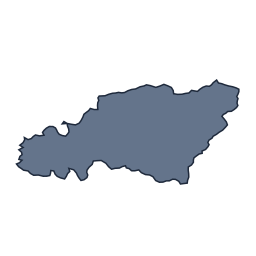 São José da Safira, Minas Gerais, Brazil, rotated 97°
{"feature_id": "56859067B51877249726479", "entity_name": "São José da Safira", "entity_type": "district", "adm_level": 2, "iso_a3": "BRA", "parent_name": "Brazil", "parent_adm1": "Minas Gerais", "projection": "equal_earth", "projection_center": [-42.12, -18.326], "detail": "fine", "context": "isolated", "style": "filled", "palette": "slate", "viewbox_px": 256, "rotation_deg": 97, "n_neighbors": 0, "source": "geoboundaries", "source_scale": "gbopen_adm2", "svg_char_len": 2471}
<svg xmlns="http://www.w3.org/2000/svg" viewBox="0 0 256 256"><g transform="rotate(97 128 128)"><path d="M69.6,45.9L72.7,49.0L75.0,50.4L76.7,52.3L76.8,55.5L78.4,58.6L80.8,61.4L83.2,63.5L83.1,66.4L82.9,69.5L85.8,71.8L86.7,75.3L87.9,78.5L88.6,83.0L88.4,86.9L85.3,87.7L82.5,89.9L81.3,93.6L80.3,97.7L82.3,101.1L84.3,105.3L83.2,111.0L82.9,115.0L84.3,117.2L85.6,121.0L88.3,125.2L89.3,129.0L91.0,132.6L93.2,135.7L93.9,138.5L93.8,141.8L94.8,144.6L95.4,147.6L96.9,151.3L98.8,154.7L99.3,157.6L99.8,160.5L101.8,161.5L104.2,160.4L106.7,161.1L109.5,161.0L113.3,160.2L113.8,163.8L113.2,167.8L115.5,169.1L117.8,171.5L119.7,173.4L122.7,174.1L126.4,175.5L129.2,177.1L131.3,180.5L131.2,184.6L130.9,189.0L133.4,188.3L136.1,186.8L139.1,186.1L141.3,187.2L143.7,188.9L143.5,192.4L142.6,195.5L140.7,197.4L138.7,198.6L136.8,200.0L135.7,202.7L136.1,206.3L138.1,209.0L140.6,211.1L142.8,212.3L145.4,210.5L146.6,214.8L146.2,219.0L148.0,221.0L150.3,222.7L151.7,225.8L150.1,229.7L152.2,229.1L155.4,230.4L158.3,233.3L160.1,229.7L162.9,233.7L165.0,230.7L167.4,229.9L169.3,231.8L172.5,232.5L172.9,229.3L175.7,231.5L177.3,234.3L179.8,231.8L181.2,229.0L182.6,226.5L182.8,222.0L185.0,219.3L186.4,215.9L185.6,211.2L186.2,206.2L185.7,202.7L184.7,199.8L182.2,199.4L179.6,199.4L179.7,196.4L182.7,194.7L184.6,192.4L185.7,189.0L186.3,184.7L183.5,183.3L180.6,182.4L178.2,180.5L175.3,181.8L176.1,176.8L179.0,173.7L181.2,172.4L183.5,170.6L185.8,168.3L184.7,165.3L182.2,162.7L179.6,162.2L177.0,163.6L174.7,163.5L171.7,161.9L168.5,159.1L165.0,158.4L164.2,154.8L163.5,150.6L165.7,145.6L168.8,142.5L170.9,139.3L169.6,136.0L168.8,131.6L167.0,129.0L165.8,125.9L167.8,124.8L168.2,121.8L170.0,119.3L169.6,115.9L168.3,112.2L170.7,109.3L172.1,105.0L172.0,100.8L173.3,97.3L176.8,94.1L178.0,90.2L177.4,86.6L175.8,83.5L175.4,80.5L173.4,77.5L173.2,74.6L174.7,71.1L177.2,69.1L176.4,66.1L175.5,62.5L172.8,62.5L169.3,61.7L166.1,62.2L162.5,63.1L159.3,63.4L157.0,60.5L154.1,58.9L151.8,59.2L149.6,58.9L147.4,56.7L145.1,54.2L144.1,51.3L141.8,51.7L139.9,48.4L136.9,46.4L134.7,45.5L132.6,47.0L130.1,46.1L127.9,43.4L125.8,42.5L123.5,39.4L121.1,37.0L118.6,33.8L115.4,31.4L112.8,29.7L110.0,31.1L107.4,33.6L105.0,36.2L102.9,35.0L101.5,32.8L99.5,31.1L98.8,27.4L96.7,24.9L94.5,22.8L92.3,21.7L90.1,22.8L87.6,22.8L85.4,22.4L83.5,23.9L81.1,23.0L78.4,22.4L76.0,22.7L75.0,25.6L74.3,29.2L74.0,33.3L73.3,37.5L72.6,40.3L72.3,43.7L69.6,45.9ZM130.9,189.0L129.4,192.4L131.9,193.8L130.9,189.0Z" fill="#64748b" stroke="#1e293b" stroke-width="1.5"/></g></svg>